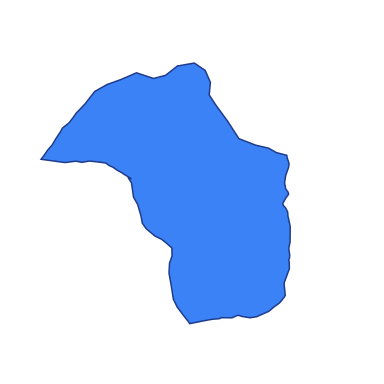 the district of Lac Léré, Mayo-Kebbi Ouest, Chad, rotated 223°
{"feature_id": "50815135B81119267829848", "entity_name": "Lac Léré", "entity_type": "district", "adm_level": 2, "iso_a3": "TCD", "parent_name": "Chad", "parent_adm1": "Mayo-Kebbi Ouest", "projection": "albers", "projection_center": [14.353, 9.616], "detail": "fine", "context": "isolated", "style": "filled", "palette": "blue", "viewbox_px": 384, "rotation_deg": 223, "n_neighbors": 0, "source": "geoboundaries", "source_scale": "gbopen_adm2", "svg_char_len": 1722}
<svg xmlns="http://www.w3.org/2000/svg" viewBox="0 0 384 384"><g transform="rotate(223 192 192)"><path d="M324.7,113.0L305.1,126.8L299.4,133.6L298.0,135.3L292.9,138.5L288.1,144.7L280.9,150.1L274.8,154.4L270.8,154.8L266.4,156.3L261.6,156.9L256.7,158.2L254.2,158.5L245.3,160.3L247.5,158.7L242.5,157.4L231.3,148.4L223.2,145.8L213.0,139.7L207.1,135.3L200.5,133.9L189.1,134.5L181.8,136.7L175.0,137.2L168.5,137.3L162.9,131.5L159.9,124.6L153.5,117.0L142.1,108.4L132.5,100.9L124.5,97.8L114.6,96.0L105.5,94.6L104.0,94.1L103.7,94.4L101.7,97.2L95.4,106.0L92.7,109.7L89.9,113.3L86.4,117.1L85.6,118.0L85.1,119.3L84.7,120.2L76.9,127.3L75.6,130.4L75.0,132.1L73.6,133.7L70.8,134.9L63.8,139.6L60.8,143.4L59.6,145.0L54.4,157.3L53.7,163.6L52.6,169.1L52.3,170.8L52.5,173.7L52.8,177.7L53.3,180.0L60.6,186.4L62.6,188.4L65.9,196.2L68.5,202.4L72.9,206.8L73.8,207.6L74.7,207.9L75.4,209.7L75.8,210.5L77.8,212.8L80.2,214.7L82.8,216.8L85.8,221.7L86.2,222.4L89.0,225.4L96.6,233.7L99.1,235.5L101.8,237.4L103.1,238.3L103.4,238.5L104.9,239.4L108.5,242.7L109.4,243.0L112.4,244.1L116.0,244.5L117.7,245.4L118.7,249.3L119.3,251.8L119.8,256.2L121.6,257.4L125.6,258.2L130.6,261.9L134.8,268.1L138.1,275.7L138.5,276.3L140.3,278.9L146.0,282.1L147.7,283.5L157.1,278.4L165.9,276.3L177.3,269.7L194.0,263.0L214.3,268.1L233.3,271.7L245.6,274.7L253.3,284.7L265.2,289.9L278.2,287.9L288.6,274.3L290.9,259.3L297.6,248.8L313.9,241.3L320.5,226.2L327.5,212.5L331.7,199.2L330.3,183.1L330.5,171.2L329.7,165.0L329.4,161.9L329.2,160.0L329.1,158.8L329.7,154.9L329.9,153.4L330.3,150.3L329.8,148.4L329.3,146.4L328.6,142.1L327.8,137.5L326.3,130.9L326.3,128.3L326.2,126.1L326.1,123.8L325.9,122.7L325.1,117.3L324.7,113.0Z" fill="#3b82f6" stroke="#1e3a8a" stroke-width="1.5"/></g></svg>